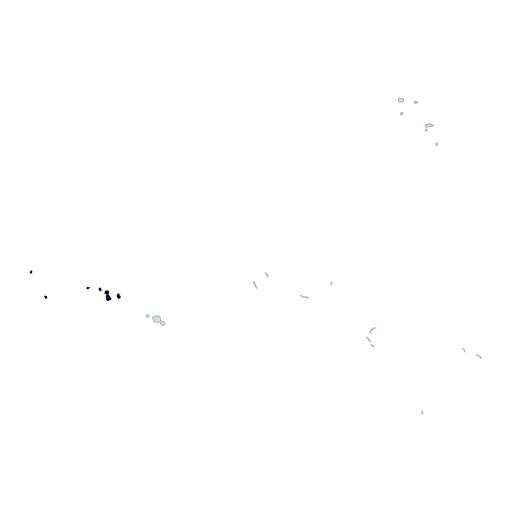 Leeward Islands highlighted on a map of French Polynesia
{"feature_id": "PYF-4964", "entity_name": "Leeward Islands", "entity_type": "state/province", "adm_level": 1, "iso_a3": "PYF", "parent_name": "French Polynesia", "parent_adm1": "", "projection": "albers", "projection_center": [-151.978, -16.346], "detail": "fine", "context": "in_parent", "style": "outline", "palette": "ink", "viewbox_px": 512, "rotation_deg": 0, "n_neighbors": 0, "source": "natural_earth", "source_scale": "10m", "svg_char_len": 3696}
<svg xmlns="http://www.w3.org/2000/svg" viewBox="0 0 512 512"><path d="M160.6,320.8L164.1,322.1L164.8,324.0L164.0,325.3L162.2,325.0L161.3,324.3L160.1,321.9L156.6,322.4L154.2,321.9L152.9,318.8L152.8,317.4L153.4,316.6L156.0,315.7L159.2,316.4L160.4,318.2L160.6,320.8ZM428.7,123.5L432.5,125.1L433.7,125.0L432.4,126.3L428.5,126.7L427.2,127.3L425.6,126.8L424.9,125.2L428.7,123.5ZM402.9,101.6L400.3,102.1L399.1,101.9L398.3,99.8L398.7,98.5L399.2,98.1L403.4,98.9L403.7,99.8L403.6,100.7L402.9,101.6ZM108.9,299.3L107.9,299.3L107.0,298.9L107.2,296.2L107.5,295.7L108.9,296.6L110.0,298.9L108.9,299.3ZM148.4,316.9L147.6,317.6L146.6,317.1L146.2,316.4L146.0,315.7L146.2,314.9L148.6,315.0L149.2,315.4L148.4,316.9ZM416.2,103.2L414.5,103.3L414.3,102.0L414.9,101.4L415.6,101.1L416.8,101.6L417.5,102.2L417.4,102.6L416.2,103.2ZM402.0,114.9L401.4,115.3L400.5,113.7L400.4,113.1L402.3,112.4L403.3,112.9L402.0,114.9ZM256.7,287.6L256.8,288.0L256.3,288.0L255.4,286.7L255.1,285.5L254.6,284.2L253.8,283.2L253.7,282.4L253.7,281.0L254.6,283.1L255.4,284.8L256.0,286.2L256.7,287.6ZM371.1,332.3L371.2,332.8L370.3,332.7L370.1,332.5L370.1,331.6L370.8,330.5L371.4,329.6L372.5,328.8L374.4,328.0L375.3,327.7L375.6,327.9L375.3,328.0L372.1,329.7L371.0,330.9L370.6,331.8L370.6,332.1L371.1,332.3ZM436.9,145.3L435.9,145.7L436.1,142.9L437.2,143.5L437.7,144.0L437.4,144.7L436.9,145.3ZM370.1,340.9L370.3,341.6L369.4,341.1L368.6,339.7L367.1,338.0L366.8,337.3L367.9,338.0L368.7,339.0L370.1,340.9ZM107.5,293.6L107.0,293.7L106.6,293.3L106.3,292.5L106.5,291.4L107.7,292.2L108.2,292.7L107.5,293.6ZM427.4,129.5L425.4,131.4L425.5,129.3L426.2,129.1L426.8,129.1L427.4,129.5ZM481.3,357.5L480.7,358.0L480.7,357.5L480.1,357.1L479.2,356.5L477.9,355.8L477.2,355.6L476.9,355.2L477.4,355.1L478.2,355.4L479.2,356.1L480.5,356.8L481.3,357.5ZM268.0,275.6L267.8,276.8L267.3,275.7L265.9,273.8L265.3,273.0L266.0,273.1L268.0,275.6ZM373.4,346.0L373.7,347.0L373.1,346.5L371.3,345.5L371.1,344.7L373.4,346.0ZM307.4,297.0L308.7,298.3L306.9,297.4L304.7,296.9L305.5,296.7L306.8,296.8L307.4,297.0ZM304.1,297.3L303.1,297.4L300.8,295.7L301.7,295.8L303.1,296.8L304.1,297.3ZM465.0,351.0L465.0,351.5L462.8,348.8L463.7,349.1L465.0,351.0ZM422.9,413.5L422.1,413.9L422.5,413.3L422.0,411.8L421.5,411.6L422.0,411.2L422.7,412.3L422.9,413.5ZM331.1,284.4L330.7,284.7L331.4,282.7L332.0,282.4L331.1,284.4Z" fill="#d9dde1" stroke="#a8b0b8" stroke-width="1"/><path d="M107.2,295.7L107.5,295.6L108.0,295.7L108.4,295.9L108.5,296.1L108.8,296.7L110.3,298.8L110.0,299.0L109.1,299.5L108.8,299.6L108.5,299.4L108.4,299.4L108.3,299.7L108.3,299.8L108.1,299.9L107.9,299.9L107.7,299.9L107.2,299.6L106.9,298.7L106.8,296.3L106.9,296.0L107.2,295.7ZM107.7,292.8L107.7,293.6L107.6,294.0L107.3,293.9L107.1,293.7L105.8,293.1L105.6,293.0L105.6,292.9L105.8,291.9L106.1,291.6L106.6,291.5L107.3,291.5L107.2,291.8L107.7,291.9L107.9,291.9L108.0,292.0L108.2,292.3L108.1,292.6L107.9,292.7L107.7,292.8ZM118.9,296.5L119.0,296.3L119.5,296.5L119.6,296.8L119.6,297.0L119.6,297.3L119.5,297.5L119.3,297.5L119.2,297.7L119.1,297.8L118.8,297.8L118.3,297.5L118.2,297.3L118.1,297.0L118.2,296.7L118.5,296.6L118.8,296.6L118.9,296.5ZM118.4,294.9L118.9,295.8L118.7,296.0L118.2,296.3L117.9,296.4L117.8,296.1L117.8,295.8L117.8,295.5L118.1,294.8L118.2,294.5L118.4,294.5L118.4,294.9ZM99.7,288.9L100.1,288.7L100.3,289.0L100.5,289.6L100.5,290.1L100.1,290.1L99.8,289.8L99.6,289.3L99.7,288.9ZM46.1,297.4L46.2,297.7L46.3,298.0L46.4,298.3L46.1,298.0L45.8,297.2L45.6,296.8L45.8,296.8L46.0,296.9L46.0,297.1L46.1,297.4ZM31.1,272.1L31.1,271.9L31.1,271.6L30.7,271.4L31.0,271.4L31.2,271.5L31.2,271.8L31.2,272.1L31.0,272.4L30.9,272.3L31.1,272.1ZM88.1,288.0L87.8,288.2L87.6,288.1L87.7,287.9L88.1,288.0Z" fill="none" stroke="#020617" stroke-width="2"/></svg>